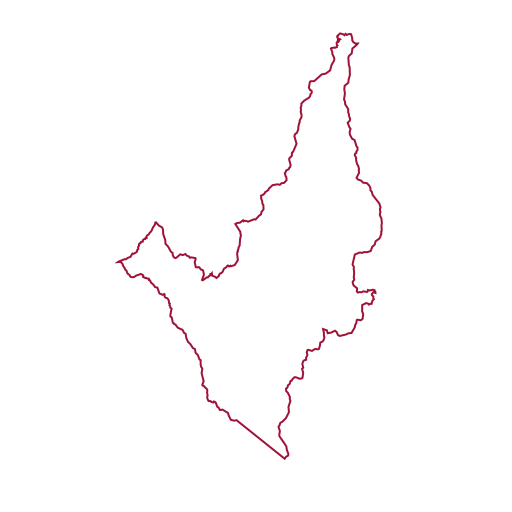 the district of Yarumal, Antioquia, Colombia, rotated 350°
{"feature_id": "7082276B85908118350563", "entity_name": "Yarumal", "entity_type": "district", "adm_level": 2, "iso_a3": "COL", "parent_name": "Colombia", "parent_adm1": "Antioquia", "projection": "robinson", "projection_center": [-75.435, 7.007], "detail": "fine", "context": "isolated", "style": "outline", "palette": "rose", "viewbox_px": 512, "rotation_deg": 350, "n_neighbors": 0, "source": "geoboundaries", "source_scale": "gbopen_adm2", "svg_char_len": 6112}
<svg xmlns="http://www.w3.org/2000/svg" viewBox="0 0 512 512"><g transform="rotate(350 256 256)"><path d="M266.2,216.7L261.9,220.0L260.6,219.5L254.2,220.8L252.4,219.8L250.4,219.2L249.9,219.6L249.4,218.6L245.9,220.4L243.3,220.2L241.2,220.9L244.8,229.6L244.5,231.0L244.8,232.9L243.3,236.5L241.7,242.9L240.3,244.6L240.0,245.9L239.1,247.0L239.1,248.2L238.3,248.8L237.8,250.6L237.4,257.0L233.4,261.3L229.3,261.7L229.0,261.1L227.6,261.6L226.7,260.5L225.7,261.0L225.1,261.7L222.1,263.1L220.5,265.7L218.7,266.9L217.8,266.9L216.7,267.7L215.9,269.3L213.2,270.8L212.4,269.6L209.4,267.7L209.5,265.4L209.1,265.8L207.9,265.8L207.6,267.0L205.8,267.8L205.0,268.7L203.8,268.5L199.4,270.7L198.7,270.2L201.5,265.3L201.4,261.5L201.0,260.5L199.4,259.8L198.2,257.3L197.3,256.9L196.2,257.1L194.8,256.5L194.5,251.6L196.0,248.6L196.0,247.6L192.1,246.1L190.6,246.3L189.9,244.8L187.9,243.6L186.8,241.8L184.1,242.4L181.7,241.2L177.3,243.9L175.9,244.0L174.7,242.6L174.2,240.6L174.4,238.5L173.0,237.0L171.0,231.3L169.0,228.3L169.4,224.4L168.4,218.2L169.0,214.2L168.6,211.7L165.5,209.0L163.4,205.5L162.6,205.6L162.0,207.4L159.4,210.1L157.3,213.3L155.2,214.8L154.3,216.0L152.2,216.9L151.4,218.1L151.4,219.2L150.5,218.9L149.9,220.0L149.1,219.8L147.4,220.7L147.0,222.2L145.3,222.1L144.4,223.4L143.8,223.3L142.8,224.0L142.5,225.7L141.4,226.8L141.3,228.7L140.0,229.5L139.7,230.8L138.9,231.5L135.9,232.6L134.7,232.1L132.2,235.1L129.5,235.5L127.2,236.7L126.2,236.3L119.5,237.7L118.9,238.0L121.1,238.2L122.1,238.9L123.1,240.5L123.7,243.5L124.5,244.9L124.9,246.8L125.8,247.7L126.5,251.1L128.0,252.5L128.8,254.7L130.3,255.4L132.3,255.5L134.6,254.5L139.5,253.7L141.3,255.1L141.6,255.9L141.1,257.0L143.3,258.6L143.9,258.4L145.2,259.5L146.5,259.7L146.4,261.1L147.4,261.6L148.0,263.9L150.2,266.8L151.2,269.1L153.4,270.0L154.4,276.1L157.4,278.1L158.8,277.5L159.3,277.8L159.0,280.3L159.6,281.3L161.3,282.2L162.1,283.6L162.4,285.4L162.2,287.3L162.9,288.0L162.2,289.5L162.6,290.1L162.7,292.1L163.7,293.2L161.2,299.8L161.4,301.0L162.1,301.4L162.4,302.8L162.5,307.3L163.2,307.8L163.5,308.8L164.7,309.4L166.5,313.0L170.7,315.9L171.5,317.7L171.5,318.9L173.2,320.4L173.1,324.4L174.1,328.7L176.1,331.4L177.8,335.6L179.7,337.1L179.7,340.9L181.5,343.3L182.4,348.1L183.4,348.9L182.6,353.6L182.8,355.8L183.6,357.6L182.1,361.9L182.7,370.2L180.7,373.6L180.9,374.3L182.3,375.1L182.7,376.2L184.4,378.3L184.8,379.6L184.1,382.1L184.1,385.0L183.4,386.4L183.4,388.3L184.1,390.6L186.1,391.0L186.7,392.0L188.7,392.9L189.3,392.0L190.0,392.3L190.9,393.4L191.7,397.8L192.8,398.7L193.7,401.4L196.4,401.5L201.2,405.8L201.4,408.3L202.8,413.0L205.9,414.4L208.3,414.3L249.0,460.6L250.6,459.0L253.0,458.1L253.5,456.6L252.7,452.1L252.8,448.6L247.8,437.6L247.8,436.4L249.1,432.5L248.5,428.1L249.9,426.6L250.9,424.6L253.3,423.7L257.3,420.9L261.3,415.6L261.8,410.2L264.7,404.8L264.4,402.5L264.9,400.7L263.6,396.2L262.3,394.3L262.5,391.9L264.1,391.0L265.0,388.9L266.8,388.0L268.4,385.0L269.5,385.0L270.6,383.5L273.0,382.0L274.9,382.7L277.4,384.4L279.9,384.5L280.6,384.1L282.2,379.3L281.8,375.1L283.1,374.2L282.9,370.4L284.1,367.9L285.6,367.0L286.9,367.2L287.5,366.5L287.6,365.0L289.5,362.3L289.2,359.7L290.5,357.5L291.1,357.4L294.6,359.2L298.1,357.8L300.8,358.7L301.8,358.5L303.4,355.3L304.3,352.4L306.6,351.8L307.7,351.0L309.3,347.9L309.0,346.3L309.5,343.9L309.4,339.6L312.9,341.6L313.2,344.5L316.6,344.5L320.8,343.3L322.2,344.8L323.0,348.1L324.6,349.3L331.3,348.9L333.2,348.2L336.7,348.4L340.9,343.4L341.5,341.5L343.2,339.3L344.1,336.6L344.8,336.3L348.1,337.5L350.0,336.5L351.5,331.9L350.9,328.8L352.1,322.7L356.3,321.5L358.5,322.6L358.9,323.5L360.5,322.9L361.5,323.2L362.9,320.2L364.6,319.0L364.2,318.1L364.5,316.2L363.4,314.7L363.4,313.7L365.3,312.0L367.2,313.1L367.3,311.8L366.4,311.4L366.8,310.3L365.3,309.5L361.7,309.7L360.4,308.9L359.6,310.4L359.0,310.7L355.7,309.4L353.6,310.1L351.6,309.5L350.1,309.7L349.1,308.5L350.0,305.4L347.0,302.0L346.6,299.4L346.8,298.1L348.6,296.5L348.6,293.8L349.7,290.1L350.0,285.6L350.5,283.8L349.6,281.1L353.6,271.7L358.5,270.6L361.4,271.4L362.5,270.9L366.5,271.5L369.8,271.0L372.1,267.1L374.9,265.4L376.4,262.2L380.4,260.3L381.6,258.9L383.3,255.9L383.5,253.8L384.2,253.0L384.9,247.6L385.7,245.4L386.0,240.8L385.1,237.6L385.3,236.0L386.2,234.5L386.0,233.2L386.3,230.9L387.1,229.8L386.5,225.6L381.5,216.2L381.1,212.5L380.1,211.2L380.5,208.9L379.7,206.2L377.7,203.4L374.2,202.4L372.7,200.1L369.6,198.3L368.6,196.4L372.0,191.9L372.0,189.7L372.6,188.0L372.3,185.0L371.5,182.9L371.2,178.6L371.7,177.1L370.8,173.6L371.4,172.4L372.7,171.9L373.0,170.5L374.4,169.2L374.8,166.9L374.0,165.2L373.2,158.9L371.0,157.2L369.6,152.9L369.7,150.4L371.2,147.0L370.4,145.6L369.4,140.7L371.9,139.0L372.5,137.3L372.0,134.7L372.1,131.8L371.7,130.9L372.3,127.2L370.2,122.2L370.4,119.3L369.9,117.0L371.8,111.4L371.9,107.1L372.9,103.7L377.0,101.4L377.9,98.2L379.9,94.1L381.0,86.3L380.6,83.9L381.4,76.6L382.3,75.1L385.4,73.2L387.0,68.4L392.2,65.3L393.1,64.4L390.9,64.1L389.0,62.3L388.2,60.1L388.6,58.5L388.2,54.2L386.8,53.5L383.6,54.0L382.8,52.8L381.4,53.9L380.7,53.0L377.5,51.4L374.5,53.3L374.6,53.9L373.9,54.4L374.6,56.0L374.2,57.2L376.1,56.8L376.5,57.3L375.0,57.9L374.9,58.9L374.2,59.5L373.3,59.2L372.4,60.1L372.3,61.6L372.8,62.7L371.9,63.5L371.9,64.3L369.9,64.7L369.4,64.3L366.4,64.3L365.8,64.7L366.5,68.1L366.3,70.5L367.4,74.4L367.3,75.9L366.8,77.2L363.7,80.8L361.2,86.1L356.3,88.5L352.1,88.6L343.7,93.9L340.1,93.4L339.2,94.2L337.3,99.4L338.1,102.0L339.4,102.8L339.3,104.8L337.7,106.2L337.4,107.4L335.9,109.2L330.4,111.4L327.1,113.8L326.9,115.7L325.8,117.5L325.6,120.4L325.0,121.8L325.4,124.8L324.9,127.2L322.5,130.2L322.2,132.1L321.5,132.8L320.1,136.3L319.7,138.4L317.7,141.8L315.7,142.7L314.6,144.6L315.4,152.6L310.7,159.7L309.4,160.5L308.7,163.5L305.7,165.7L305.4,167.0L305.9,172.4L305.0,174.4L303.7,175.3L303.3,176.2L300.6,177.0L300.1,178.1L298.8,179.3L299.0,182.4L299.6,183.8L299.2,186.7L296.5,188.8L293.7,188.8L291.9,190.0L289.3,189.1L284.6,189.1L280.3,191.9L279.6,193.2L276.0,194.8L275.2,196.0L273.2,197.1L271.5,197.4L271.1,200.2L271.6,203.2L271.4,205.6L272.1,207.0L271.5,211.4L269.1,213.5L268.1,215.9L266.2,216.7Z" fill="none" stroke="#9f1239" stroke-width="2"/></g></svg>